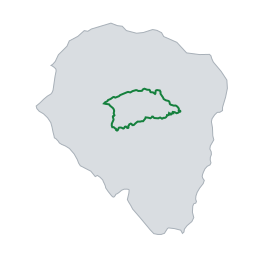 where Durazno sits in Uruguay, rotated 187°
{"feature_id": "URY-13", "entity_name": "Durazno", "entity_type": "Department", "adm_level": 1, "iso_a3": "URY", "parent_name": "Uruguay", "parent_adm1": "", "projection": "albers", "projection_center": [-56.089, -32.962], "detail": "medium", "context": "in_parent", "style": "outline", "palette": "green", "viewbox_px": 256, "rotation_deg": 187, "n_neighbors": 0, "source": "natural_earth", "source_scale": "10m", "svg_char_len": 3571}
<svg xmlns="http://www.w3.org/2000/svg" viewBox="0 0 256 256"><g transform="rotate(187 128 128)"><path d="M212.0,180.7L210.3,182.3L208.3,185.2L206.0,192.2L198.5,201.8L196.9,207.3L188.9,212.9L183.3,219.3L179.7,219.1L176.4,221.8L157.7,230.0L151.1,228.3L146.1,228.3L141.5,224.5L131.1,223.1L124.5,224.6L115.6,228.7L113.0,228.6L111.1,228.4L106.3,226.7L103.7,223.1L90.0,219.0L79.0,209.7L66.0,209.6L56.1,211.0L54.5,209.8L53.5,207.4L51.4,203.9L42.6,195.7L35.7,187.6L34.2,179.5L34.9,170.6L36.7,160.0L36.3,156.8L38.8,154.8L41.3,154.4L43.6,151.6L45.7,147.5L46.0,144.4L44.2,138.6L42.9,130.6L41.4,126.7L44.1,120.3L44.2,117.2L42.5,114.5L42.0,111.8L42.7,108.9L42.5,106.2L41.4,103.5L42.1,101.4L44.7,99.6L46.6,96.9L47.8,93.3L48.4,90.6L48.4,88.7L47.5,87.0L45.9,85.3L46.6,82.0L49.6,77.0L51.5,72.6L52.3,68.8L52.2,65.7L51.1,63.3L51.6,61.7L53.4,60.9L54.2,58.4L53.8,52.2L51.8,47.1L53.2,43.0L57.5,38.3L59.7,34.5L59.8,31.6L61.1,30.0L63.2,33.0L69.4,33.8L75.6,33.8L76.6,33.0L79.0,27.9L82.1,26.4L85.6,26.0L89.5,26.3L93.5,29.6L105.1,40.5L113.5,48.1L116.0,51.7L118.2,54.4L119.9,56.9L119.2,63.5L119.3,66.3L119.7,67.1L121.6,67.2L124.4,66.8L126.8,65.4L128.7,63.3L130.5,61.6L132.0,60.7L132.5,59.3L133.4,57.9L134.3,57.6L135.9,58.6L139.8,62.4L142.8,65.8L143.5,67.8L144.7,69.9L145.9,71.7L146.8,73.4L149.7,75.7L152.6,77.2L154.6,75.8L159.6,80.6L170.7,84.7L172.7,87.1L174.5,90.5L178.3,95.7L183.6,100.5L187.9,102.5L192.0,103.7L194.3,104.8L195.8,106.6L198.3,108.6L199.9,109.3L200.4,111.0L201.9,114.8L203.5,119.6L205.3,124.0L209.1,128.4L213.6,131.8L218.2,133.8L220.8,136.1L221.8,138.6L218.6,142.0L215.1,146.4L211.9,149.8L208.8,152.2L207.7,153.9L207.0,156.5L206.7,170.4L206.3,175.6L206.5,176.9L206.9,177.9L208.8,179.3L211.1,180.5L212.0,180.7Z" fill="#d9dde1" stroke="#a8b0b8" stroke-width="1"/><path d="M138.6,124.1L139.6,124.6L139.7,125.5L140.1,125.9L140.8,126.0L142.3,127.1L143.7,126.9L144.4,128.3L144.6,130.3L143.4,134.3L143.4,134.8L144.4,137.2L144.4,137.7L144.2,138.1L143.4,138.3L143.0,138.9L144.0,140.9L143.8,143.2L144.4,144.8L145.5,146.0L148.9,148.2L149.5,149.1L150.5,149.2L153.0,149.2L154.8,149.4L154.1,150.5L151.8,152.1L151.5,152.5L151.2,153.3L148.8,154.7L146.4,156.9L145.7,157.1L144.4,156.6L143.6,157.0L140.8,158.5L139.8,159.7L133.1,163.5L132.3,163.8L130.0,163.6L127.9,165.2L124.6,166.6L123.6,166.5L122.3,166.0L119.0,166.5L118.5,166.8L118.0,168.0L116.9,168.8L116.4,169.0L113.7,168.3L111.5,168.5L110.8,168.0L110.3,166.7L109.9,166.3L107.5,166.4L105.3,165.1L105.0,165.5L105.1,168.0L104.9,168.6L103.8,169.2L101.0,169.1L100.1,167.8L100.0,166.4L99.7,165.7L97.0,162.6L96.1,161.1L93.8,160.1L91.2,159.8L90.6,159.5L90.0,158.8L89.4,157.0L88.6,156.4L85.4,155.8L83.5,156.1L83.1,156.0L81.6,155.2L80.0,153.6L79.7,152.1L79.8,151.5L79.1,151.2L78.3,151.4L78.1,151.1L78.1,150.7L78.3,150.5L78.9,150.4L80.2,149.2L81.5,148.6L83.6,149.4L85.5,149.4L85.5,149.1L85.0,148.5L84.9,148.1L86.8,147.7L86.6,146.9L87.0,146.6L87.4,146.6L89.1,147.8L89.2,147.3L89.0,146.1L89.2,145.7L90.9,145.5L90.9,144.5L91.6,143.3L92.7,142.5L93.7,142.5L94.4,142.2L94.8,141.6L95.5,141.4L97.2,142.3L97.9,142.1L99.1,141.3L103.1,141.1L103.8,141.5L104.6,142.3L105.4,142.3L106.0,141.2L107.0,140.4L109.3,140.7L111.8,140.7L112.0,139.5L113.8,136.6L115.3,136.4L116.8,135.8L119.3,135.5L121.3,133.4L122.4,131.9L123.2,131.5L124.0,131.4L124.9,132.4L125.8,132.7L127.2,131.7L127.5,130.5L127.9,130.1L127.9,129.5L127.6,128.7L127.7,128.2L128.1,128.0L128.8,128.0L130.1,129.1L130.8,129.1L131.3,128.8L131.8,127.6L132.3,127.0L132.8,126.9L134.4,127.5L135.3,127.6L136.9,127.3L137.3,126.7L137.8,124.8L138.1,124.4L138.6,124.1Z" fill="none" stroke="#15803d" stroke-width="2"/></g></svg>